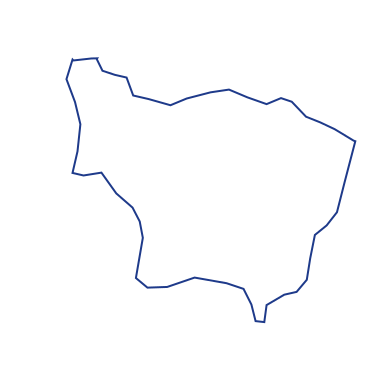 the district of Degerfors, Orebro, Sweden, rotated 103°
{"feature_id": "70781695B62731669961325", "entity_name": "Degerfors", "entity_type": "district", "adm_level": 2, "iso_a3": "SWE", "parent_name": "Sweden", "parent_adm1": "Orebro", "projection": "natural_earth1", "projection_center": [14.445, 59.163], "detail": "fine", "context": "isolated", "style": "outline", "palette": "blue", "viewbox_px": 384, "rotation_deg": 103, "n_neighbors": 0, "source": "geoboundaries", "source_scale": "gbopen_adm2", "svg_char_len": 781}
<svg xmlns="http://www.w3.org/2000/svg" viewBox="0 0 384 384"><g transform="rotate(103 192 192)"><path d="M83.1,314.5L84.5,320.0L90.5,337.1L89.8,338.2L110.3,339.7L130.7,326.2L151.1,316.0L178.2,312.7L200.3,312.7L200.3,301.4L193.5,284.6L210.4,265.5L220.6,246.4L232.5,236.3L247.7,229.6L288.4,227.3L289.3,225.6L295.2,213.9L290.1,194.8L274.8,170.2L273.1,137.8L274.8,120.0L288.3,108.8L303.5,101.0L302.5,92.3L285.4,93.9L271.3,79.0L265.8,67.6L251.7,60.4L230.1,61.9L206.2,62.6L194.3,53.3L179.1,46.2L147.7,45.5L105.8,44.3L105.6,46.1L98.7,67.1L95.3,82.8L93.0,97.8L81.6,115.1L80.5,126.4L89.6,139.1L87.3,159.4L83.9,179.0L90.7,196.3L102.1,218.2L112.3,232.5L111.2,255.1L111.2,271.0L95.2,281.5L95.2,293.6L94.0,306.5L83.8,314.8L83.1,314.5Z" fill="none" stroke="#1e3a8a" stroke-width="2"/></g></svg>